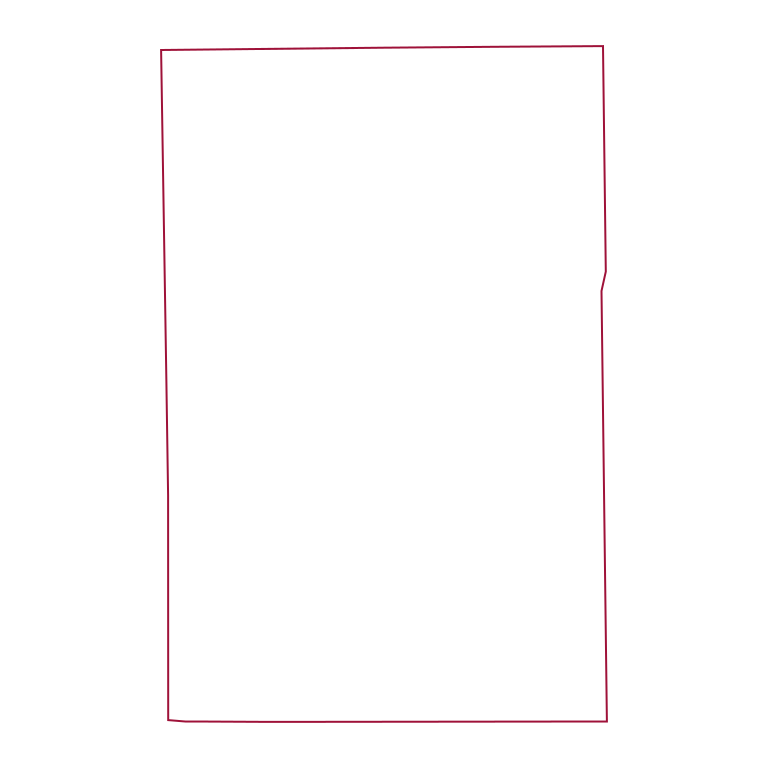 the district of Macoupin, Illinois, United States of America
{"feature_id": "52423323B43896440461795", "entity_name": "Macoupin", "entity_type": "district", "adm_level": 2, "iso_a3": "USA", "parent_name": "United States of America", "parent_adm1": "Illinois", "projection": "equal_earth", "projection_center": [-89.97, 39.261], "detail": "fine", "context": "isolated", "style": "outline", "palette": "rose", "viewbox_px": 768, "rotation_deg": 0, "n_neighbors": 0, "source": "geoboundaries", "source_scale": "gbopen_adm2", "svg_char_len": 290}
<svg xmlns="http://www.w3.org/2000/svg" viewBox="0 0 768 768"><path d="M161.1,50.0L166.4,382.4L168.1,495.4L168.2,720.1L185.2,721.5L195.6,721.5L270.6,721.9L606.9,721.5L601.5,291.0L605.8,271.6L603.0,46.1L494.0,46.8L383.7,47.7L161.1,50.0Z" fill="none" stroke="#9f1239" stroke-width="2"/></svg>